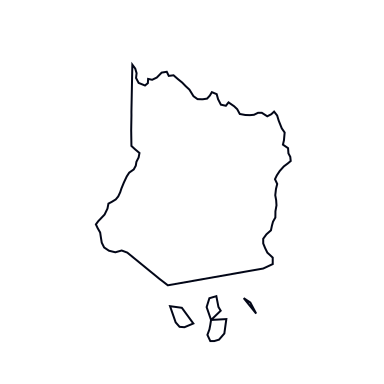 Arauá, Sergipe, Brazil, rotated 308°
{"feature_id": "56859067B83486111429480", "entity_name": "Arauá", "entity_type": "district", "adm_level": 2, "iso_a3": "BRA", "parent_name": "Brazil", "parent_adm1": "Sergipe", "projection": "albers", "projection_center": [-37.59, -11.261], "detail": "fine", "context": "isolated", "style": "outline", "palette": "ink", "viewbox_px": 384, "rotation_deg": 308, "n_neighbors": 0, "source": "geoboundaries", "source_scale": "gbopen_adm2", "svg_char_len": 1782}
<svg xmlns="http://www.w3.org/2000/svg" viewBox="0 0 384 384"><g transform="rotate(308 192 192)"><path d="M285.7,240.7L285.3,234.5L289.4,232.6L295.9,228.4L297.4,223.6L301.6,216.4L304.7,212.0L305.9,207.2L302.1,206.6L298.0,204.7L297.4,198.3L295.1,195.3L291.0,193.3L288.2,190.3L285.5,186.6L282.9,181.6L285.1,176.6L285.5,172.3L285.1,165.6L280.8,165.6L278.6,161.0L281.2,155.4L284.3,151.2L282.9,146.2L279.0,146.7L274.9,146.4L271.6,143.3L268.6,139.2L268.4,134.2L271.1,126.9L271.5,121.9L272.2,116.9L272.3,111.3L272.6,105.6L269.2,102.2L271.2,98.1L267.4,94.6L260.5,93.8L255.9,91.5L254.1,87.8L250.6,90.2L247.0,89.4L245.1,82.8L247.4,77.7L251.5,75.2L254.3,71.3L255.6,66.6L218.0,94.8L215.1,97.1L203.3,106.0L191.0,115.9L190.6,120.8L190.4,126.6L186.3,128.7L181.6,129.6L178.1,131.5L173.9,132.2L168.6,130.6L164.1,131.0L157.5,132.5L151.4,134.2L147.5,135.6L143.1,136.6L139.2,136.5L134.7,134.8L131.4,133.3L126.9,135.6L120.4,137.0L111.4,136.1L107.3,136.2L105.5,139.8L103.5,144.6L99.8,148.5L96.5,152.1L94.2,156.9L94.6,162.7L97.3,168.7L102.6,172.6L104.4,178.3L103.5,219.9L103.6,230.4L162.0,283.0L175.5,295.2L184.9,300.0L190.0,296.0L190.6,288.7L192.9,284.0L195.3,279.8L199.0,276.9L204.5,276.7L210.4,277.8L214.7,275.7L218.5,274.1L223.2,273.4L228.2,269.6L233.5,266.8L237.3,263.4L240.7,259.6L246.1,256.3L250.8,254.2L253.2,249.5L257.4,248.6L262.6,248.2L268.7,248.6L273.5,249.9L277.2,250.7L280.2,247.8L281.8,244.2L285.7,240.7ZM102.9,285.8L98.6,288.2L94.5,290.3L88.9,292.1L85.8,298.2L88.2,301.3L92.3,304.2L100.4,304.6L113.0,297.3L102.9,285.8ZM89.2,274.0L94.5,255.3L88.5,245.0L79.2,259.4L78.1,265.2L80.8,269.3L89.2,274.0ZM102.9,285.8L116.1,287.7L117.7,283.6L124.9,275.3L119.0,271.1L110.3,274.4L102.9,285.8ZM135.7,317.4L140.8,306.0L140.2,298.1L135.7,317.4Z" fill="none" stroke="#020617" stroke-width="2"/></g></svg>